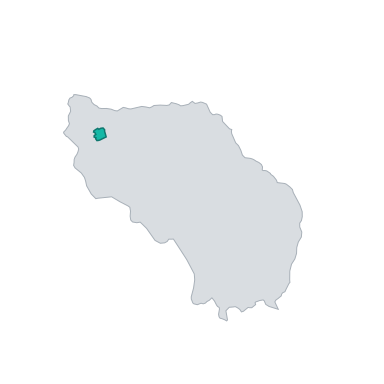 Nyíregyháza highlighted on a map of Hungary, rotated 238°
{"feature_id": "HUN-4923", "entity_name": "Nyíregyháza", "entity_type": "Urban county", "adm_level": 1, "iso_a3": "HUN", "parent_name": "Hungary", "parent_adm1": "", "projection": "orthographic", "projection_center": [21.77, 47.935], "detail": "fine", "context": "in_parent", "style": "filled", "palette": "teal", "viewbox_px": 384, "rotation_deg": 238, "n_neighbors": 0, "source": "natural_earth", "source_scale": "10m", "svg_char_len": 3003}
<svg xmlns="http://www.w3.org/2000/svg" viewBox="0 0 384 384"><g transform="rotate(238 192 192)"><path d="M305.7,114.9L309.7,114.4L309.8,114.5L310.8,114.8L311.5,117.7L311.6,117.9L312.5,119.8L313.5,122.3L314.9,124.3L318.0,125.0L322.0,127.4L324.7,131.8L328.6,133.7L328.9,133.7L329.7,133.5L332.5,133.3L333.1,134.2L335.4,136.4L336.3,138.3L335.9,140.3L336.3,142.6L337.2,143.4L336.2,145.0L328.9,152.9L326.0,155.0L324.1,155.4L321.1,154.6L318.0,155.3L315.2,157.0L312.6,157.5L310.7,159.5L308.2,163.7L305.1,167.3L302.0,169.6L300.3,171.6L300.2,178.5L298.4,180.4L296.1,182.4L294.8,184.2L291.2,194.7L288.5,198.0L285.9,200.6L285.5,202.9L285.5,205.6L282.6,211.0L278.7,216.6L277.9,218.9L278.8,221.9L275.1,225.5L272.9,227.2L271.1,228.0L270.0,230.2L268.2,235.6L268.6,238.0L268.7,240.3L265.5,241.5L264.5,244.0L263.7,247.0L262.4,248.4L258.8,250.9L250.0,249.7L246.6,250.5L245.6,252.3L245.4,253.7L244.3,255.1L242.2,256.7L240.2,257.5L235.6,255.3L225.7,257.3L223.9,258.8L222.6,257.6L220.5,256.6L210.6,255.1L206.7,256.0L201.5,255.5L196.6,254.3L193.0,255.1L189.7,259.2L188.1,260.6L186.8,261.5L184.0,262.8L181.7,264.3L178.6,265.4L175.9,265.1L173.4,263.2L172.5,263.6L171.6,265.2L170.2,266.6L166.3,268.3L165.3,268.2L165.1,268.2L162.1,269.4L157.2,269.9L154.8,269.3L150.1,275.1L148.7,276.1L144.4,277.7L140.9,278.5L138.0,277.6L136.8,277.5L123.7,276.6L116.9,275.0L112.6,272.4L109.8,269.7L108.5,266.8L105.2,264.8L99.9,263.9L95.9,260.9L93.2,255.6L89.4,251.4L84.5,248.1L80.7,243.7L78.1,238.2L73.1,233.0L65.6,228.2L63.4,227.1L63.0,225.7L59.6,220.1L58.2,218.0L58.5,215.3L57.8,213.8L56.6,212.6L56.1,208.8L55.9,205.9L54.9,204.0L46.8,203.0L54.1,196.7L57.6,195.0L61.5,195.6L62.8,195.1L63.2,194.1L64.1,191.9L64.5,189.9L65.0,187.9L64.7,186.8L62.8,186.3L62.2,181.4L63.3,179.6L64.4,178.4L63.6,172.4L64.1,170.4L67.1,170.3L69.8,169.2L71.9,167.9L72.6,166.1L74.5,162.5L73.3,157.8L64.7,154.3L64.3,153.1L66.5,151.9L68.8,150.2L70.1,148.9L71.8,148.8L74.2,149.7L78.2,153.3L79.7,153.9L81.4,153.0L83.1,152.9L87.7,153.3L91.7,152.8L91.0,149.2L91.2,146.6L90.7,144.6L91.2,142.3L92.9,140.7L93.6,136.8L96.2,134.3L97.4,133.9L101.7,134.7L102.7,135.4L103.3,135.6L109.8,142.5L116.0,147.7L121.3,150.5L129.1,151.1L137.4,151.7L151.4,151.5L161.9,151.3L162.6,150.1L164.3,147.3L163.2,144.7L163.4,141.8L165.3,138.0L170.5,135.0L185.3,134.2L193.9,132.1L195.2,128.9L198.1,125.7L200.7,125.2L204.2,126.7L208.3,129.7L212.0,131.2L214.2,130.3L221.8,125.8L230.5,121.3L236.6,108.9L237.3,106.9L243.7,105.5L253.0,105.9L257.7,107.6L261.3,108.5L266.7,108.2L274.4,105.6L277.3,105.7L279.5,107.6L282.0,109.3L283.6,111.3L284.8,114.1L285.5,115.2L286.6,116.7L288.5,118.7L290.5,119.2L304.8,115.7L305.7,114.9Z" fill="#d9dde1" stroke="#a8b0b8" stroke-width="1"/><path d="M290.5,138.1L291.7,139.0L291.7,140.9L293.9,141.1L295.0,140.3L295.9,141.2L296.0,143.4L295.9,145.8L294.5,146.2L294.4,148.4L293.4,150.5L291.1,150.9L289.7,150.0L286.8,149.2L284.2,148.4L284.6,144.6L284.9,141.4L285.3,140.0L286.0,138.6L288.2,138.5L288.9,139.3L290.5,138.1Z" fill="#14b8a6" stroke="#0f766e" stroke-width="1.5"/></g></svg>